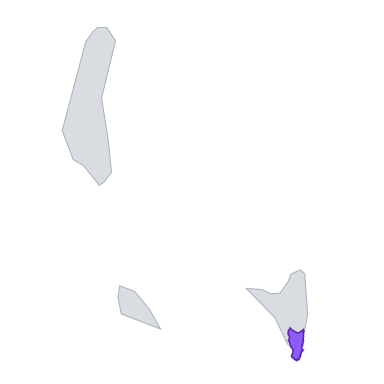 Mrémani, Andjouân, Comoros (highlighted), rotated 11°
{"feature_id": "10938185B83207987774368", "entity_name": "Mrémani", "entity_type": "district", "adm_level": 2, "iso_a3": "COM", "parent_name": "Comoros", "parent_adm1": "Andjouân", "projection": "equal_earth", "projection_center": [44.513, -12.33], "detail": "fine", "context": "in_parent", "style": "filled", "palette": "violet", "viewbox_px": 384, "rotation_deg": 11, "n_neighbors": 0, "source": "geoboundaries", "source_scale": "gbopen_adm2", "svg_char_len": 3866}
<svg xmlns="http://www.w3.org/2000/svg" viewBox="0 0 384 384"><g transform="rotate(11 192 192)"><path d="M103.7,199.2L99.7,203.0L80.3,186.7L69.2,182.8L52.9,156.5L59.0,65.1L64.2,53.4L68.1,48.6L77.1,46.9L88.1,58.4L85.3,117.1L99.8,156.7L109.2,188.0L103.7,199.2ZM318.2,250.6L328.9,290.0L328.8,319.7L324.3,329.1L314.7,323.0L297.2,299.4L263.8,276.3L279.1,274.4L288.1,276.8L297.6,274.6L303.5,261.6L304.7,253.9L313.0,247.7L318.2,250.6ZM172.4,315.0L187.3,332.5L145.9,325.2L139.3,309.5L139.0,297.9L154.4,300.4L172.4,315.0Z" fill="#d9dde1" stroke="#a8b0b8" stroke-width="1"/><path d="M314.2,306.7L314.1,307.4L313.7,308.4L313.5,309.0L313.0,309.8L313.2,310.1L313.3,310.3L313.1,311.5L313.2,312.3L313.3,313.0L314.2,314.2L315.3,315.6L315.6,316.6L315.4,317.4L315.2,318.3L314.9,319.3L315.0,319.3L315.2,319.5L315.3,319.5L315.6,319.9L315.6,320.1L315.9,320.3L316.4,320.8L316.5,321.0L316.7,321.4L316.8,321.4L317.0,321.5L317.0,321.8L317.2,322.0L317.3,322.3L317.4,322.5L317.6,322.7L317.6,322.8L317.7,323.0L317.8,323.4L317.8,323.6L317.9,323.8L318.0,323.9L318.0,324.0L318.3,324.3L318.5,324.5L318.8,325.2L318.9,325.3L319.0,325.4L319.2,325.6L319.3,325.6L319.5,325.6L319.8,325.9L319.9,326.0L320.1,326.0L320.4,326.4L320.5,326.6L320.6,326.9L320.6,327.0L320.8,327.1L320.9,327.4L321.0,327.4L321.0,327.5L321.1,327.8L321.2,328.0L321.3,328.1L321.5,328.5L321.6,328.8L321.6,329.0L321.5,329.3L321.6,329.5L321.6,329.8L321.7,330.3L321.6,330.5L321.6,330.8L321.6,331.1L321.5,331.5L321.5,331.8L321.3,332.1L321.2,332.2L321.1,332.5L321.0,332.9L321.0,333.0L321.0,333.4L321.1,333.6L321.1,334.2L321.1,334.3L321.1,334.6L321.2,334.8L321.3,334.8L321.6,335.0L321.8,335.0L322.0,335.3L322.1,335.2L322.2,335.3L322.3,335.4L322.7,335.5L322.8,335.6L323.4,336.0L323.6,336.0L324.3,336.5L324.5,336.5L324.8,336.7L324.8,336.8L325.0,336.8L325.5,337.1L325.7,336.8L325.8,336.8L325.8,337.0L326.0,337.1L326.3,337.0L326.3,336.9L326.4,337.0L326.5,337.1L326.5,336.9L326.7,336.7L326.9,336.7L327.0,336.7L327.1,336.8L327.3,336.8L327.5,336.6L327.7,336.4L327.8,336.5L327.8,336.3L328.0,336.3L328.2,336.2L328.3,336.1L328.5,336.1L328.8,336.0L329.0,336.0L329.0,335.9L328.9,335.8L328.8,335.6L328.7,335.5L328.7,335.4L328.7,335.1L328.9,334.9L329.0,334.7L329.3,334.4L329.4,334.2L329.5,333.9L329.5,333.6L329.6,333.4L329.6,333.2L329.8,333.1L329.8,332.9L329.7,332.9L329.8,332.6L329.8,332.4L330.0,332.3L329.9,332.3L329.9,332.2L329.7,332.0L329.4,331.9L329.5,331.8L329.6,331.7L329.6,331.3L329.6,331.2L329.6,330.9L329.5,330.7L329.6,330.4L329.6,330.2L329.8,330.1L329.7,330.0L329.6,329.9L329.8,329.7L329.9,329.4L329.9,329.2L329.9,328.6L330.0,328.5L330.0,328.4L330.1,328.2L330.3,328.0L330.3,327.9L330.2,327.9L330.3,327.8L330.3,327.7L330.2,327.5L330.2,327.4L330.2,327.2L330.3,327.1L330.3,326.9L330.4,326.7L330.5,326.8L330.8,326.9L331.0,326.9L331.0,326.7L330.7,326.5L330.7,326.3L330.7,326.2L330.9,326.0L331.0,325.9L330.8,325.9L330.8,325.7L330.7,325.6L330.6,325.8L330.4,325.7L330.3,325.4L330.2,325.3L330.1,325.1L329.9,325.0L329.8,324.9L329.7,324.7L329.6,324.4L329.5,324.2L329.4,324.1L329.3,323.7L329.4,323.4L329.4,323.2L329.4,322.9L329.4,322.6L329.5,322.5L329.5,322.4L329.4,322.3L329.4,322.1L329.4,321.9L329.4,321.7L329.6,321.5L329.8,321.4L329.7,321.2L329.4,321.0L329.5,320.9L329.8,320.7L329.9,320.4L329.8,320.5L329.7,320.4L329.7,320.2L329.7,319.7L329.8,319.4L329.7,319.0L329.7,318.6L329.8,318.2L329.7,317.9L329.7,317.2L329.8,317.0L329.7,316.9L329.8,316.8L329.9,316.6L329.9,316.4L329.8,316.2L329.5,316.0L329.3,315.6L329.2,315.3L329.2,314.6L329.1,314.1L329.2,313.1L329.1,312.7L328.8,311.8L328.7,311.5L328.7,311.1L328.7,310.9L328.5,310.1L328.4,309.8L328.4,309.4L328.3,309.2L328.3,308.9L328.3,307.9L328.3,307.7L328.5,307.4L327.7,307.4L327.5,305.9L326.5,307.1L325.7,307.8L325.0,308.6L324.0,309.5L323.4,309.9L321.2,310.0L320.3,309.6L319.2,309.2L318.1,308.8L316.8,308.3L315.7,307.8L314.8,307.1L314.2,306.7Z" fill="#8b5cf6" stroke="#5b21b6" stroke-width="1.5"/></g></svg>